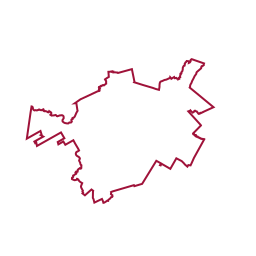 the district of Los Ramones, Nuevo León, Mexico, rotated 65°
{"feature_id": "50627088B22007781023237", "entity_name": "Los Ramones", "entity_type": "district", "adm_level": 2, "iso_a3": "MEX", "parent_name": "Mexico", "parent_adm1": "Nuevo León", "projection": "albers", "projection_center": [-99.613, 25.654], "detail": "fine", "context": "isolated", "style": "outline", "palette": "rose", "viewbox_px": 256, "rotation_deg": 65, "n_neighbors": 0, "source": "geoboundaries", "source_scale": "gbopen_adm2", "svg_char_len": 5558}
<svg xmlns="http://www.w3.org/2000/svg" viewBox="0 0 256 256"><g transform="rotate(65 128 128)"><path d="M170.4,63.6L170.1,63.8L170.0,64.4L169.4,64.9L169.3,65.6L169.1,65.8L168.6,66.0L168.4,66.6L167.7,66.8L167.5,67.3L167.2,67.4L166.9,67.4L166.6,67.7L166.5,67.8L166.6,68.0L166.4,68.3L166.1,68.4L165.7,68.3L165.4,68.4L165.3,68.8L165.2,69.1L164.7,69.1L164.5,69.4L164.6,69.6L164.6,69.8L164.2,70.1L163.6,69.4L163.2,69.4L163.0,69.9L162.8,69.9L162.7,70.2L162.7,70.4L162.8,70.5L162.7,70.7L161.6,70.7L161.4,71.4L161.1,71.5L160.5,71.4L160.2,70.8L160.3,70.7L160.1,70.5L160.0,70.1L156.5,60.8L156.2,60.8L153.5,61.6L138.4,66.3L138.6,64.4L138.4,64.0L139.8,63.6L141.4,62.9L141.2,61.4L141.0,61.0L140.6,60.7L140.6,60.0L140.9,59.9L141.6,59.3L142.0,58.7L142.5,58.7L142.8,58.5L144.6,58.2L144.8,58.1L144.9,57.7L145.0,57.7L144.9,56.5L145.3,56.6L145.3,53.4L145.2,53.4L145.3,41.7L117.4,55.0L117.0,54.5L116.3,54.0L115.6,53.6L115.0,53.0L114.0,51.5L112.5,50.0L110.8,47.7L109.2,45.8L107.8,43.3L106.7,42.5L106.5,42.2L106.3,41.8L104.8,36.5L103.8,35.9L103.1,35.1L103.1,34.9L103.4,34.5L103.0,32.7L102.3,32.5L101.6,31.8L92.5,41.2L92.7,42.3L93.9,43.0L94.4,43.7L94.7,44.3L94.7,45.3L94.4,45.1L93.2,44.7L92.1,46.5L92.8,47.6L92.8,48.0L92.9,48.3L93.6,49.1L93.8,49.5L94.5,49.7L94.7,49.8L95.4,50.4L95.2,51.2L96.3,52.7L97.9,53.6L98.2,53.7L99.1,54.5L99.5,54.8L100.0,56.0L101.0,56.5L100.9,57.1L101.4,57.3L101.3,57.8L102.1,58.1L102.7,58.6L103.0,59.0L104.0,59.2L104.0,60.4L105.1,60.7L105.1,62.0L104.4,61.8L104.0,62.6L103.7,63.0L103.0,63.1L102.6,64.6L101.3,64.6L101.7,67.9L101.1,67.9L99.8,68.3L100.2,68.6L100.4,69.2L100.3,69.5L100.4,70.0L100.3,70.6L100.4,71.0L100.3,73.1L99.9,74.6L99.9,77.6L99.7,78.1L99.9,79.3L100.8,80.3L102.6,81.4L104.1,82.1L106.5,83.8L104.4,86.3L102.2,88.5L95.5,96.1L89.1,103.1L88.8,102.6L76.3,99.6L73.9,113.7L73.4,114.0L73.4,114.3L73.1,114.5L72.1,116.1L71.4,117.8L70.7,117.5L70.3,118.8L69.9,118.6L69.3,120.8L68.8,122.0L73.6,123.8L73.8,125.9L74.2,128.3L74.3,128.3L74.7,128.0L75.3,128.0L75.5,128.2L76.2,128.0L76.6,128.2L77.1,128.3L77.8,128.8L78.5,129.0L78.5,129.4L78.7,129.6L78.9,130.4L78.9,131.1L79.2,131.8L79.0,132.1L78.7,132.2L78.5,132.5L78.6,132.8L78.5,133.4L78.7,133.8L78.5,134.3L78.7,134.5L78.5,134.8L78.7,135.0L78.5,135.4L78.9,136.0L78.7,136.3L78.7,136.5L78.6,136.8L78.9,136.9L79.1,137.2L79.3,137.1L79.5,136.8L80.2,136.8L80.1,137.2L80.3,137.4L80.3,137.6L80.5,137.7L80.5,137.9L80.9,138.2L81.3,138.3L81.2,137.8L81.3,137.7L81.5,137.7L82.0,137.9L82.0,138.0L82.3,138.3L81.9,140.0L81.9,158.9L83.1,165.7L83.6,164.3L90.4,166.3L91.1,166.4L92.2,168.1L95.2,171.5L95.7,172.9L95.5,173.5L95.5,174.0L96.4,174.2L96.5,174.3L96.5,174.8L96.3,174.9L96.3,175.2L96.5,175.7L97.1,176.1L97.9,176.2L98.4,176.2L98.7,176.7L98.9,177.1L98.9,177.5L98.2,178.8L98.3,179.2L98.6,179.9L98.6,180.3L97.9,181.6L96.8,183.1L96.2,183.6L95.6,184.0L94.9,184.3L94.4,184.5L94.1,184.4L93.1,184.0L92.7,183.3L92.0,182.2L90.9,181.7L90.1,181.5L89.7,181.6L89.4,181.7L88.8,182.1L88.4,182.6L88.2,183.6L87.9,184.0L87.8,184.3L87.5,187.1L87.1,187.5L86.0,187.8L85.5,188.3L85.4,189.4L84.8,191.0L84.5,191.6L84.5,191.9L83.4,192.7L83.2,192.8L83.0,192.5L83.0,192.0L82.6,191.5L81.8,191.1L81.5,191.1L80.2,191.8L80.0,192.2L79.4,192.4L79.6,192.7L80.1,193.1L80.2,193.3L80.1,193.7L79.6,194.1L79.0,194.4L78.1,195.3L77.9,195.6L77.8,195.9L77.5,196.1L77.5,196.7L77.4,196.8L77.0,197.1L76.3,197.0L75.9,197.0L75.6,196.7L75.4,196.7L75.2,196.8L75.2,197.0L75.4,197.3L75.3,198.1L75.6,197.8L75.8,197.8L75.7,198.1L74.9,199.6L74.5,200.1L74.1,200.2L73.6,200.8L73.8,201.4L73.5,202.7L73.6,203.1L72.7,204.4L72.7,204.5L72.5,205.4L71.7,205.9L71.0,206.0L69.6,205.9L69.1,205.6L68.4,205.7L68.0,205.9L67.7,206.3L73.0,209.9L94.9,224.2L93.7,208.6L97.5,209.1L97.6,210.1L100.0,208.4L100.7,218.6L102.6,218.5L102.5,217.3L105.8,218.1L103.7,190.6L110.4,190.0L111.0,197.6L113.4,198.0L112.9,192.3L116.7,191.9L116.0,182.7L119.7,182.5L125.8,181.9L127.7,181.9L128.0,183.8L127.9,184.4L128.1,185.1L128.6,185.7L129.1,186.1L129.6,186.3L130.5,186.4L131.4,186.2L132.4,185.6L133.3,184.9L134.4,184.5L135.1,184.5L135.3,184.5L135.6,184.7L135.7,185.0L136.1,185.3L136.9,186.1L137.7,186.1L139.4,186.0L140.1,186.3L140.8,186.4L141.6,186.3L141.9,186.0L142.6,186.2L142.8,186.4L144.5,187.2L144.6,187.6L144.8,187.7L144.9,187.9L144.9,188.0L144.6,188.2L144.1,188.4L144.0,188.6L144.4,189.0L144.2,189.7L144.2,190.0L144.8,191.3L145.6,191.6L145.8,192.0L146.2,192.2L146.1,192.5L145.8,192.7L145.6,193.1L145.6,193.3L145.9,193.4L145.9,193.7L146.0,193.7L146.3,193.7L146.5,193.7L146.5,194.3L147.1,194.1L147.4,194.1L147.5,194.2L147.7,194.8L147.6,195.1L147.6,195.5L147.9,196.8L147.9,197.0L148.0,197.3L147.9,197.8L148.1,198.0L148.8,198.1L149.1,198.3L149.3,198.6L149.4,199.7L150.4,200.3L150.7,200.1L150.9,200.2L152.0,199.2L152.7,198.5L152.9,198.0L153.2,196.3L152.5,195.7L152.7,195.4L153.0,195.2L153.3,195.3L153.6,195.2L153.7,194.9L153.8,194.8L155.2,194.7L156.5,194.2L158.6,192.8L159.8,194.1L161.0,195.3L162.2,195.6L165.8,195.4L166.2,196.1L167.6,196.0L168.0,196.9L170.8,195.5L168.3,187.1L170.2,186.1L170.8,186.6L171.6,187.0L176.5,189.4L177.8,189.3L181.4,190.0L181.3,181.6L183.3,181.6L185.4,181.9L185.6,181.0L185.2,177.9L185.1,177.6L185.6,176.8L185.2,176.6L184.8,176.1L184.4,174.1L184.2,173.6L183.8,173.1L183.6,172.6L183.8,171.6L183.5,171.0L182.3,170.6L182.1,170.8L181.4,171.1L180.7,171.4L179.2,170.4L178.9,170.4L178.9,169.1L182.3,146.8L183.4,146.8L184.6,138.8L169.7,116.2L174.1,113.0L175.2,114.7L175.7,114.2L174.6,112.7L182.9,106.9L177.2,98.8L175.9,97.0L180.7,93.3L183.7,92.2L185.0,91.9L187.0,91.0L188.1,90.5L187.1,89.0L188.3,87.1L186.4,84.8L183.0,80.9L170.4,63.6Z" fill="none" stroke="#9f1239" stroke-width="2"/></g></svg>